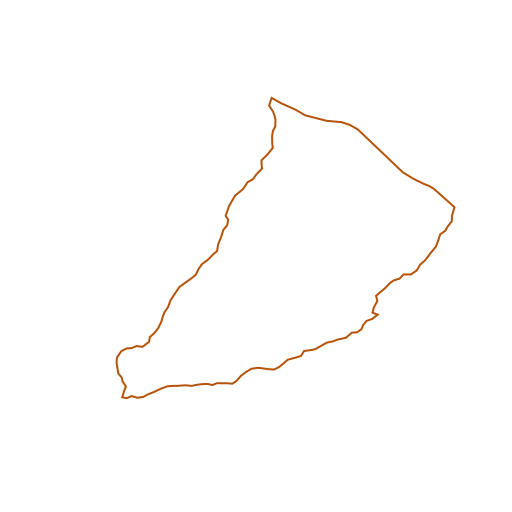 outline of Santa Albertina, São Paulo, Brazil, rotated 55°
{"feature_id": "56859067B20515811466790", "entity_name": "Santa Albertina", "entity_type": "district", "adm_level": 2, "iso_a3": "BRA", "parent_name": "Brazil", "parent_adm1": "São Paulo", "projection": "equal_earth", "projection_center": [-50.724, -20.031], "detail": "fine", "context": "isolated", "style": "outline", "palette": "amber", "viewbox_px": 512, "rotation_deg": 55, "n_neighbors": 0, "source": "geoboundaries", "source_scale": "gbopen_adm2", "svg_char_len": 1869}
<svg xmlns="http://www.w3.org/2000/svg" viewBox="0 0 512 512"><g transform="rotate(55 256 256)"><path d="M135.5,152.5L140.3,159.0L147.3,159.2L151.2,160.2L155.4,161.8L161.0,166.0L163.1,170.2L167.0,174.0L172.4,177.7L177.1,180.3L179.2,187.6L180.8,196.6L184.2,198.9L187.8,200.8L189.3,208.7L191.4,214.5L190.7,220.5L193.8,228.3L194.5,238.4L199.6,249.5L202.7,253.6L205.6,257.8L210.4,258.0L214.3,262.1L215.8,267.6L220.2,273.4L224.9,280.5L229.6,285.0L230.1,290.3L231.5,297.4L231.7,305.0L233.7,310.5L236.9,316.2L237.3,323.3L237.3,329.2L237.5,336.7L240.6,344.8L243.3,351.5L247.5,357.5L249.5,363.1L252.4,367.4L255.5,371.2L259.0,377.5L260.9,383.7L261.5,389.5L265.0,392.8L265.3,401.1L261.3,405.4L260.1,410.7L257.5,415.0L256.7,420.9L259.4,428.1L263.6,431.5L273.3,436.2L278.3,435.7L282.2,437.2L288.2,437.4L290.9,441.4L295.0,446.6L298.3,443.4L299.4,438.2L303.9,434.7L306.8,429.2L307.3,424.0L308.8,418.0L310.1,410.4L311.8,403.5L314.6,398.8L317.3,394.8L321.5,387.9L325.6,383.0L327.5,378.5L329.8,374.1L333.1,368.9L336.7,365.8L337.7,361.1L340.4,357.3L343.6,352.8L347.1,348.5L347.1,343.4L345.5,337.0L345.3,330.4L345.7,324.5L348.7,318.5L352.4,314.4L355.6,311.0L359.4,306.3L360.2,300.4L359.8,295.6L359.2,289.4L361.8,282.2L363.7,276.5L361.4,271.2L364.1,265.8L366.2,261.4L366.8,255.8L367.6,247.6L369.9,242.4L371.2,237.4L374.5,229.4L373.8,221.4L376.4,217.2L376.5,211.7L374.0,207.8L372.6,202.7L374.2,196.9L373.8,189.9L369.3,193.1L365.8,189.1L362.5,182.4L357.5,180.5L357.0,175.5L356.4,168.7L355.0,162.1L355.0,157.1L356.9,151.4L355.8,145.7L360.0,139.7L360.0,132.4L357.3,126.7L356.5,120.0L353.7,111.1L351.5,103.3L347.5,97.4L343.9,92.7L343.9,86.5L341.7,81.8L339.9,75.8L335.5,72.4L329.8,65.4L302.9,71.8L297.9,74.0L293.8,76.8L283.0,82.8L271.7,87.7L210.8,100.0L202.5,103.9L195.3,109.3L185.8,120.6L169.0,135.0L158.7,139.8L145.3,147.8L135.5,152.5Z" fill="none" stroke="#b45309" stroke-width="2"/></g></svg>